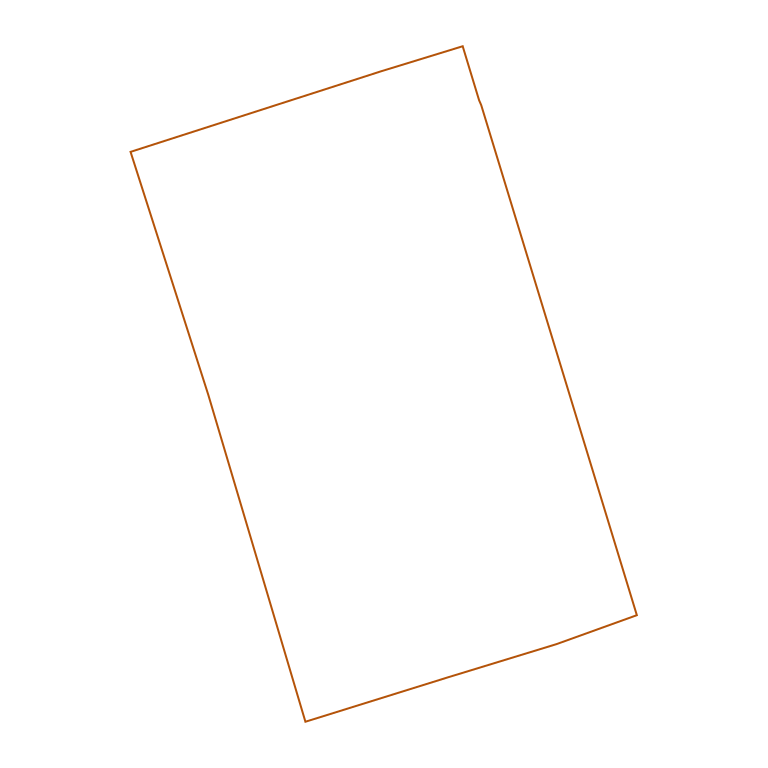 Dewey, Oklahoma, United States of America, rotated 253°
{"feature_id": "52423323B83678883467317", "entity_name": "Dewey", "entity_type": "district", "adm_level": 2, "iso_a3": "USA", "parent_name": "United States of America", "parent_adm1": "Oklahoma", "projection": "mercator", "projection_center": [-98.948, 35.988], "detail": "fine", "context": "isolated", "style": "outline", "palette": "amber", "viewbox_px": 768, "rotation_deg": 253, "n_neighbors": 0, "source": "geoboundaries", "source_scale": "gbopen_adm2", "svg_char_len": 294}
<svg xmlns="http://www.w3.org/2000/svg" viewBox="0 0 768 768"><g transform="rotate(253 384 384)"><path d="M680.1,209.5L424.9,212.8L84.0,210.1L84.8,360.0L84.8,472.7L89.0,558.2L622.3,558.5L627.5,557.9L684.0,558.0L683.9,472.7L680.1,209.5Z" fill="none" stroke="#b45309" stroke-width="2"/></g></svg>